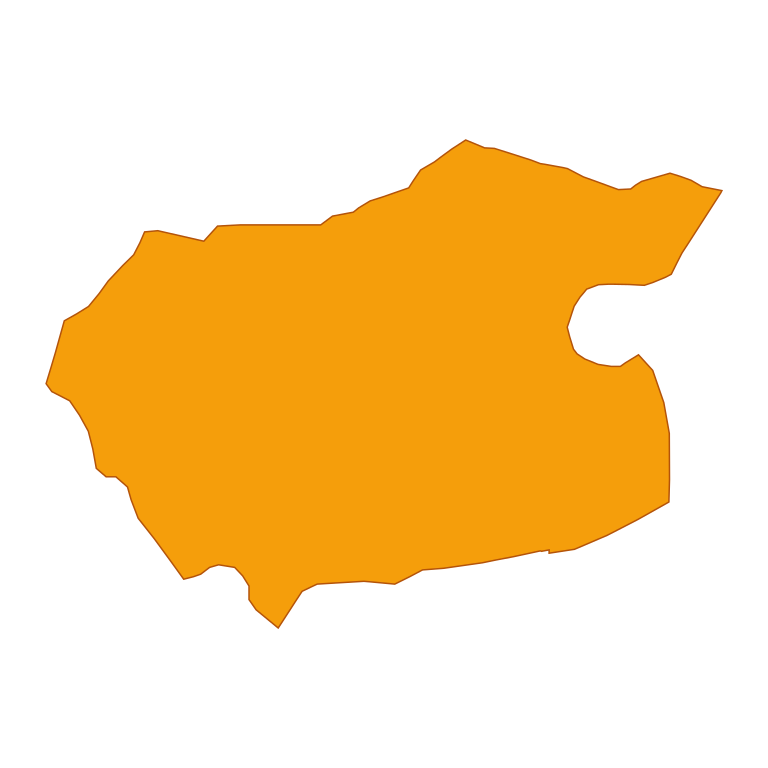 the district of Balkanabat, Balkan, Turkmenistan
{"feature_id": "10190150B87050240782827", "entity_name": "Balkanabat", "entity_type": "district", "adm_level": 2, "iso_a3": "TKM", "parent_name": "Turkmenistan", "parent_adm1": "Balkan", "projection": "robinson", "projection_center": [54.258, 39.343], "detail": "fine", "context": "isolated", "style": "filled", "palette": "amber", "viewbox_px": 768, "rotation_deg": 0, "n_neighbors": 0, "source": "geoboundaries", "source_scale": "gbopen_adm2", "svg_char_len": 1883}
<svg xmlns="http://www.w3.org/2000/svg" viewBox="0 0 768 768"><path d="M144.6,231.9L139.9,242.8L133.7,254.8L122.8,265.5L108.3,280.9L99.1,293.6L88.5,306.5L76.6,313.9L64.3,320.8L55.3,353.0L51.0,367.5L46.1,383.7L51.8,391.6L69.7,400.8L79.5,415.2L88.3,431.2L92.8,448.9L96.3,468.4L106.1,476.8L115.9,476.8L127.5,487.0L131.1,499.7L138.2,518.3L154.2,538.6L170.3,560.6L183.7,579.2L193.5,576.7L200.7,574.2L209.6,567.4L218.6,564.8L234.7,567.4L242.7,575.9L249.0,586.0L249.0,599.6L256.1,609.8L278.2,628.0L282.9,620.8L290.1,609.7L296.5,599.8L302.1,591.3L311.0,587.0L317.2,584.1L331.9,583.2L363.9,581.3L369.9,581.8L394.8,584.1L409.7,576.7L421.2,570.6L422.6,569.9L443.5,568.3L482.2,562.8L482.3,562.8L496.4,559.9L513.4,556.7L540.3,550.9L541.5,551.3L549.1,549.9L549.1,553.2L574.5,549.3L607.2,535.3L638.0,519.4L668.9,502.0L669.5,479.7L669.3,433.4L663.8,402.6L652.7,370.4L638.5,354.8L625.3,362.9L620.4,366.4L614.0,366.4L611.2,366.4L598.1,364.4L584.8,359.0L577.1,353.9L573.5,349.2L569.7,336.9L567.2,327.2L568.8,322.5L569.5,320.5L572.2,312.1L573.2,309.2L574.1,306.3L578.0,300.2L580.0,297.1L583.0,293.6L586.7,289.1L589.5,288.1L598.5,284.7L600.6,284.6L608.2,284.2L613.2,284.2L629.2,284.5L638.2,285.0L644.4,285.3L652.8,282.5L665.6,277.2L671.3,274.2L676.9,262.9L680.9,255.1L682.1,252.8L688.5,243.0L704.9,217.5L720.8,192.8L721.9,190.6L702.1,186.7L691.1,180.3L680.6,176.5L670.0,173.2L641.6,181.4L635.5,185.2L630.7,189.0L618.4,189.6L610.7,186.8L594.6,180.9L583.4,176.9L567.5,168.6L563.1,167.6L544.9,164.3L540.3,163.6L531.1,160.1L511.5,153.8L511.4,153.8L494.4,148.4L485.3,147.9L484.9,148.0L465.7,140.0L451.7,149.1L440.4,157.4L434.5,161.9L420.6,170.0L413.3,180.7L408.7,187.9L382.2,197.1L370.2,200.9L358.8,207.8L353.3,212.2L348.9,213.0L332.5,216.1L320.7,224.9L307.1,224.9L283.4,224.9L261.1,224.9L240.2,224.9L217.5,226.1L203.8,241.2L157.8,230.7L144.6,231.9Z" fill="#f59e0b" stroke="#b45309" stroke-width="1.5"/></svg>